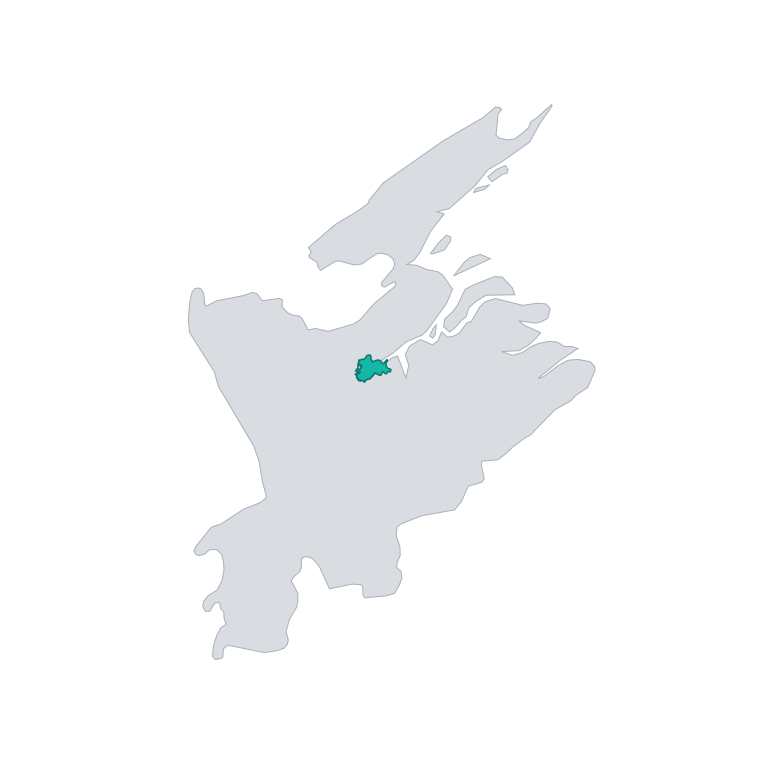 location of Narayanganj, Dhaka, Bangladesh, rotated 241°
{"feature_id": "16705992B28796010313895", "entity_name": "Narayanganj", "entity_type": "district", "adm_level": 2, "iso_a3": "BGD", "parent_name": "Bangladesh", "parent_adm1": "Dhaka", "projection": "natural_earth1", "projection_center": [90.594, 23.715], "detail": "fine", "context": "in_parent", "style": "filled", "palette": "teal", "viewbox_px": 768, "rotation_deg": 241, "n_neighbors": 0, "source": "geoboundaries", "source_scale": "gbopen_adm2", "svg_char_len": 8651}
<svg xmlns="http://www.w3.org/2000/svg" viewBox="0 0 768 768"><g transform="rotate(241 384 384)"><path d="M278.7,539.0L278.7,521.3L268.2,486.5L268.7,482.6L266.5,465.8L263.9,456.5L262.6,446.6L269.0,432.4L266.4,430.0L252.4,425.7L250.7,422.0L253.8,408.0L243.6,394.7L239.7,384.8L250.6,352.8L253.4,330.5L252.6,326.2L246.0,321.2L234.3,319.2L226.1,315.0L221.3,308.7L217.2,306.2L212.1,308.0L205.6,305.6L200.3,299.3L195.8,291.7L197.6,283.4L206.2,263.7L209.4,263.2L216.7,266.9L219.5,266.9L224.4,259.2L231.3,237.0L254.9,238.9L260.6,238.2L266.5,236.4L269.8,233.6L271.6,230.1L271.0,227.0L263.7,222.8L260.9,219.7L258.9,210.9L256.8,207.5L242.5,207.1L235.2,203.0L231.1,199.3L223.9,187.2L215.0,178.3L206.5,176.2L203.2,173.3L201.4,168.7L202.5,162.0L206.9,149.3L230.5,121.7L231.1,118.6L230.2,115.1L223.3,110.7L222.9,108.5L224.9,102.7L228.8,102.0L236.9,107.2L245.1,115.7L250.0,123.3L250.1,129.3L256.5,130.5L261.9,133.2L267.4,132.3L271.0,133.8L273.4,133.3L274.3,129.8L269.7,121.2L272.0,117.5L277.4,117.7L281.3,121.0L284.1,127.7L284.6,138.0L290.9,147.4L299.2,154.1L305.7,157.2L313.6,159.4L320.4,157.3L323.7,150.7L322.2,144.9L323.3,139.6L326.0,136.7L330.2,136.9L333.4,141.1L342.5,163.5L340.6,173.4L342.6,200.7L340.2,218.7L341.7,225.6L343.2,226.8L357.1,230.2L377.1,237.3L392.5,240.0L461.9,238.0L477.1,241.5L523.4,238.9L536.1,244.6L549.8,253.9L557.6,260.9L559.0,264.8L558.1,268.2L555.6,270.1L550.8,270.2L539.9,265.6L538.1,267.0L538.0,277.8L529.2,304.8L527.9,313.2L524.9,316.5L515.7,318.2L509.6,333.9L507.1,335.9L501.1,332.4L497.4,333.0L492.7,334.5L488.0,338.1L484.8,342.6L481.1,344.1L468.1,343.9L465.6,351.2L457.1,360.8L451.3,386.1L451.7,393.9L459.0,414.1L464.0,440.4L465.9,443.1L468.4,443.3L468.5,431.3L470.9,429.7L473.9,431.1L480.0,447.3L483.5,451.4L488.9,452.5L495.1,450.1L499.6,445.3L501.5,440.2L499.8,422.5L502.8,415.3L513.3,404.6L514.8,401.3L514.1,383.6L518.1,383.1L523.4,384.4L530.2,380.2L532.2,380.1L535.1,384.7L539.9,383.9L547.2,419.0L547.9,443.8L549.6,457.5L552.2,460.6L560.3,481.3L568.0,553.9L569.0,600.0L572.2,615.7L569.6,619.3L567.1,619.9L564.6,614.4L547.5,602.7L543.3,603.9L537.5,610.7L535.1,617.0L536.2,625.9L538.1,634.6L542.2,639.6L542.5,645.1L547.2,665.9L545.8,666.0L536.5,647.1L525.0,628.6L521.3,595.3L521.0,578.8L513.2,559.5L505.8,525.8L509.0,513.9L503.6,519.1L495.0,498.9L481.6,479.1L477.7,470.3L477.5,461.8L471.8,470.4L463.9,476.4L456.0,485.5L450.7,488.2L433.8,489.9L424.1,477.7L410.2,448.1L408.3,441.4L410.1,423.9L406.8,407.4L405.9,392.9L403.4,394.2L402.4,398.2L403.0,404.3L401.9,409.4L378.5,406.1L388.5,414.8L399.3,416.8L404.8,424.6L405.2,437.5L394.6,445.3L395.6,451.9L401.7,459.8L394.3,462.1L392.2,467.3L392.1,474.8L397.3,486.2L396.4,490.7L405.2,505.6L406.9,512.8L404.7,522.9L385.6,543.4L380.0,557.9L375.3,564.7L369.4,566.0L362.2,559.1L362.1,552.0L363.6,546.4L373.6,532.8L368.2,534.7L352.7,545.9L349.7,536.8L347.8,528.3L347.8,518.0L355.3,502.6L346.8,510.3L344.4,519.9L345.4,531.2L344.4,539.2L341.0,549.7L336.5,556.0L329.2,560.0L325.9,566.2L321.0,570.8L319.3,549.7L314.1,521.2L313.0,527.3L315.7,545.0L315.5,556.5L311.5,565.5L303.4,575.3L297.3,576.7L293.6,575.2L282.2,560.5L281.2,546.6L278.7,539.0ZM420.1,539.4L405.9,542.8L398.6,541.7L412.2,516.2L411.7,504.7L409.6,495.4L402.7,487.9L402.3,482.5L399.2,475.2L397.6,466.6L405.3,463.9L411.5,468.8L413.7,478.5L416.8,485.8L427.5,500.8L427.3,510.0L424.4,532.5L420.1,539.4ZM450.7,531.0L442.0,537.8L444.8,497.4L451.3,512.5L452.9,520.5L450.7,531.0ZM483.9,510.8L480.1,513.7L476.5,511.2L472.0,501.7L474.2,489.7L475.6,488.0L481.1,500.2L483.9,510.8ZM516.2,596.1L511.3,596.5L508.8,593.6L510.0,589.6L508.6,576.5L514.9,575.2L517.2,586.2L516.2,596.1ZM510.6,559.4L507.0,572.5L505.5,566.6L508.0,555.2L510.6,559.4ZM409.0,454.2L410.4,458.4L402.5,453.0L400.4,449.1L403.9,447.1L409.0,454.2Z" fill="#d9dde1" stroke="#a8b0b8" stroke-width="1"/><path d="M416.5,376.1L416.4,376.0L416.4,375.8L416.3,375.4L416.3,375.2L416.7,374.5L417.1,373.7L416.5,373.6L416.5,373.3L416.3,373.3L416.3,373.1L415.9,373.2L415.6,372.8L414.9,372.6L414.9,372.3L415.0,372.1L414.8,371.7L414.4,371.2L414.3,371.3L413.9,371.0L413.7,370.7L413.2,370.4L412.9,370.5L412.6,370.5L412.5,370.4L412.2,370.1L412.1,369.9L411.9,369.7L411.8,369.8L412.0,370.0L412.0,370.5L412.1,370.8L412.3,371.0L412.5,371.1L412.5,371.4L412.7,371.7L412.7,372.2L412.8,372.5L412.7,372.8L412.4,372.8L412.4,373.0L412.1,373.1L412.0,372.9L411.9,372.9L411.5,372.9L411.3,373.1L410.8,373.0L410.8,372.9L410.9,372.7L411.0,372.6L410.9,372.6L410.8,372.3L410.7,372.4L410.6,372.5L410.3,372.6L410.2,372.5L410.1,372.8L410.0,372.7L409.8,372.7L409.7,372.6L409.5,372.4L409.3,371.7L409.2,371.3L409.0,371.2L408.8,370.9L408.7,370.5L408.5,370.1L408.7,369.9L408.9,369.4L409.0,369.1L409.3,369.0L409.7,368.9L410.1,368.8L410.4,369.1L410.5,369.0L410.6,368.7L410.5,368.4L410.1,368.5L410.1,368.4L409.9,368.2L409.4,367.8L409.3,367.7L409.4,367.4L409.7,367.4L410.0,367.1L409.8,367.0L409.7,366.8L409.7,366.5L409.5,366.4L409.3,366.3L409.2,365.7L409.0,365.9L408.8,365.9L408.7,366.0L408.3,365.8L408.2,365.9L408.0,366.2L407.5,366.5L407.3,367.1L407.4,367.3L407.1,367.5L407.1,367.8L407.3,368.1L407.3,368.4L407.2,368.6L407.1,368.9L406.9,368.8L406.5,369.3L406.4,369.3L406.2,369.1L406.2,368.9L405.9,368.5L405.4,368.2L405.6,368.0L405.3,367.6L405.2,367.5L405.2,367.3L405.2,367.2L405.4,367.0L405.4,366.9L405.6,366.8L406.1,366.9L406.2,366.4L406.3,366.1L406.4,365.7L406.4,365.4L406.5,365.5L406.5,365.2L406.6,364.7L406.4,364.3L406.4,364.2L406.2,364.4L406.0,364.2L405.9,363.8L405.5,363.9L405.5,364.0L405.5,364.5L405.4,364.6L405.2,364.5L404.9,364.5L405.0,364.4L404.8,364.1L404.7,363.9L404.4,363.8L403.9,363.8L403.2,363.2L403.0,363.3L402.9,363.3L402.6,363.3L402.5,363.6L402.1,363.4L402.0,363.5L401.9,363.7L401.8,363.8L401.9,364.0L401.6,364.1L401.4,364.2L401.1,364.0L401.1,363.9L401.0,364.0L400.9,363.9L400.9,364.0L400.5,363.9L400.4,363.9L400.3,364.0L400.2,364.0L400.1,363.9L400.1,363.5L399.9,363.4L399.7,363.3L399.6,363.1L399.6,363.4L399.6,363.7L399.4,363.6L399.2,363.5L398.9,363.7L398.9,363.8L398.8,364.0L399.0,364.2L399.0,364.3L399.2,364.7L399.1,365.0L398.9,365.0L398.7,365.1L398.4,365.2L398.1,365.2L397.8,365.2L397.9,365.7L397.8,365.9L397.8,366.2L397.7,366.2L397.6,366.5L397.6,366.9L397.4,366.9L397.3,367.0L397.1,367.1L396.9,367.2L396.8,367.3L396.7,367.3L396.6,367.5L396.4,367.5L396.4,367.8L396.0,367.9L395.9,367.9L395.4,367.8L395.3,367.7L395.1,367.8L395.1,368.0L395.1,368.3L395.2,368.6L395.4,368.8L395.5,369.1L395.8,369.4L396.0,369.3L396.1,369.8L396.3,370.0L396.2,370.4L396.3,370.5L396.4,370.8L396.2,370.9L396.1,371.4L396.0,371.5L396.1,371.8L396.0,372.0L395.9,372.2L395.9,372.9L395.8,373.3L395.4,373.7L395.1,373.9L395.0,374.1L395.1,374.3L395.2,374.5L395.5,374.5L396.0,375.1L396.0,375.4L395.9,375.7L396.0,376.2L396.0,376.5L396.3,376.7L396.4,376.8L396.4,377.0L396.2,377.2L396.2,377.5L396.4,377.6L396.8,378.0L396.7,378.3L396.6,378.6L396.6,378.8L396.9,379.1L397.1,379.2L397.2,379.3L397.3,379.5L397.4,379.8L397.3,380.1L397.4,380.3L397.6,380.5L398.1,380.8L398.4,381.3L398.1,381.6L397.8,381.7L397.7,381.7L397.3,381.8L397.3,382.0L397.2,382.1L396.7,382.2L396.5,382.4L396.6,382.6L396.2,382.7L396.0,382.9L395.7,382.9L395.6,383.1L395.3,383.2L395.0,383.7L394.8,383.7L394.5,384.0L394.3,383.9L394.2,383.9L394.0,384.2L394.0,384.3L393.8,384.5L393.6,384.5L393.5,384.9L393.2,385.4L393.2,385.7L393.4,385.9L393.7,386.4L394.6,387.5L394.8,387.8L395.1,388.2L395.2,388.4L395.2,388.7L395.1,389.0L393.6,389.7L393.4,389.6L393.1,389.7L392.7,390.0L392.2,390.5L392.1,390.8L392.0,391.0L391.7,391.2L392.0,391.5L392.5,392.3L392.7,393.4L392.6,393.9L392.5,394.2L392.4,394.3L391.8,394.9L391.6,395.2L391.6,395.3L391.7,395.7L392.1,396.1L392.3,396.3L392.7,396.7L393.1,396.9L393.6,396.9L393.9,396.8L394.3,396.5L395.4,395.3L396.0,395.0L396.2,394.9L397.6,394.6L398.1,394.6L398.9,394.7L399.3,394.8L399.5,395.1L400.5,395.5L400.8,395.7L401.1,395.9L401.7,396.5L402.1,397.3L402.2,397.6L402.5,397.9L402.7,398.4L403.4,398.5L403.6,398.5L403.7,398.4L403.8,398.3L403.9,398.1L403.8,397.7L403.5,397.0L403.2,396.4L402.9,396.0L402.7,395.6L402.6,395.4L402.5,395.1L402.4,394.9L402.2,394.6L402.1,393.9L402.2,393.4L402.4,393.0L402.6,392.8L403.1,392.4L403.4,392.3L404.3,392.1L405.0,392.1L405.5,392.2L406.2,392.0L406.8,391.6L407.1,391.3L407.5,390.8L407.8,390.7L408.2,389.4L408.5,388.1L408.7,387.3L408.7,386.4L408.6,385.9L408.7,385.2L408.8,384.7L409.1,384.7L409.8,384.9L410.0,384.9L410.2,385.0L410.3,385.0L410.9,384.9L411.1,384.5L411.4,384.3L411.8,384.2L412.0,384.3L412.9,385.1L413.5,385.6L414.4,385.9L415.0,386.0L415.5,386.0L415.9,385.9L416.2,385.7L416.4,385.5L416.5,385.1L416.9,384.1L416.9,383.8L417.0,383.4L417.0,383.1L417.1,382.5L416.8,381.9L416.2,381.2L415.8,380.5L415.6,379.8L415.5,378.6L415.6,377.9L415.7,377.7L416.0,377.0L416.5,376.1Z" fill="#14b8a6" stroke="#0f766e" stroke-width="1.5"/></g></svg>